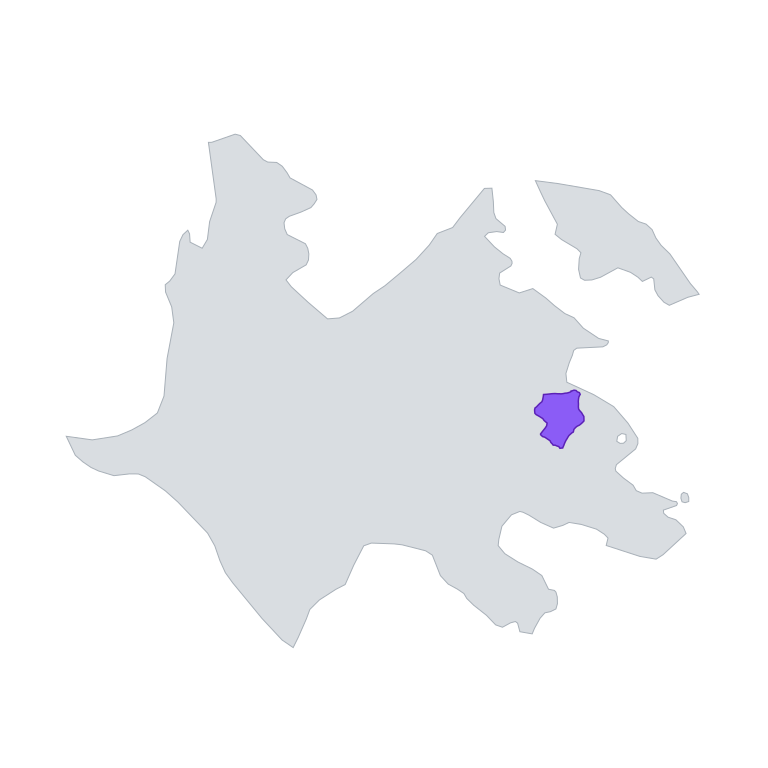 location of Dashkasan District, Daşkəsən, Azerbaijan, rotated 176°
{"feature_id": "54616110B88384638285498", "entity_name": "Dashkasan District", "entity_type": "district", "adm_level": 2, "iso_a3": "AZE", "parent_name": "Azerbaijan", "parent_adm1": "Daşkəsən", "projection": "orthographic", "projection_center": [46.034, 40.48], "detail": "fine", "context": "in_parent", "style": "filled", "palette": "violet", "viewbox_px": 768, "rotation_deg": 176, "n_neighbors": 0, "source": "geoboundaries", "source_scale": "gbopen_adm2", "svg_char_len": 4474}
<svg xmlns="http://www.w3.org/2000/svg" viewBox="0 0 768 768"><g transform="rotate(176 384 384)"><path d="M542.3,637.3L539.0,637.1L515.1,643.6L510.0,641.9L488.8,616.2L484.5,613.5L475.6,612.5L470.3,608.3L465.9,601.4L463.4,596.2L441.8,582.5L438.6,577.4L438.0,572.8L441.1,568.6L444.6,565.1L454.8,561.3L466.8,557.9L470.6,555.6L472.5,551.8L472.2,545.7L470.1,539.8L452.6,529.4L450.6,524.7L449.9,519.0L450.7,513.0L453.3,508.3L467.2,501.5L474.5,494.7L469.7,487.5L454.2,471.0L435.8,452.9L423.9,453.0L410.2,458.8L388.4,475.0L376.3,481.9L360.5,493.3L343.3,506.0L329.2,519.4L320.4,530.4L304.6,535.3L296.6,544.5L270.2,572.1L262.7,571.8L262.2,558.2L262.5,547.4L260.8,541.2L252.2,532.8L252.0,529.1L254.3,526.8L260.9,528.2L269.4,527.6L273.4,524.3L264.3,513.1L256.2,505.6L249.4,500.6L247.8,497.6L247.8,495.4L249.2,492.9L260.9,486.6L262.0,481.0L261.2,474.6L242.7,465.4L228.9,468.8L216.5,458.4L208.5,450.3L198.6,441.6L189.8,436.8L181.3,425.8L166.7,414.5L157.2,411.3L157.4,409.6L159.1,407.5L163.1,405.8L189.2,406.3L192.4,404.3L194.1,399.5L197.7,392.3L201.8,381.8L201.5,373.0L175.3,358.6L156.4,345.4L143.4,328.0L134.6,312.1L134.9,306.8L137.5,301.7L157.8,287.3L159.2,283.5L158.8,280.9L151.6,273.4L142.6,265.7L139.8,260.0L134.2,257.1L123.4,256.8L104.5,247.1L100.5,246.2L99.6,244.3L100.6,242.4L114.1,238.7L114.0,235.5L109.9,231.3L102.3,228.2L95.4,220.6L93.1,213.8L117.6,194.2L124.8,190.3L140.6,194.1L173.6,207.4L171.3,214.7L174.7,218.8L182.2,224.4L196.8,230.1L209.1,233.0L215.4,230.5L224.9,228.4L237.2,234.9L248.6,243.1L254.3,246.4L257.4,247.4L266.0,244.6L276.3,233.9L280.3,221.0L281.4,214.8L275.3,206.3L262.8,197.1L248.9,189.0L239.9,181.9L234.2,167.8L228.4,166.2L227.0,164.4L226.0,159.5L226.3,152.8L228.2,147.6L233.8,145.3L239.5,144.5L244.6,139.5L250.9,129.8L253.6,124.4L265.7,127.4L267.4,136.1L269.5,137.9L274.5,136.9L282.8,133.1L289.4,135.9L298.0,146.2L309.9,157.0L316.4,164.3L318.9,169.4L325.0,174.2L333.9,179.9L341.1,188.9L347.7,209.9L354.1,214.7L377.1,222.3L385.1,223.8L407.7,226.2L415.5,224.0L426.7,205.6L436.7,186.7L446.2,182.6L463.5,173.1L473.7,164.3L477.9,155.0L487.2,137.3L493.0,127.4L503.5,135.7L522.1,158.7L548.8,196.2L555.4,206.8L560.0,219.2L564.1,234.4L570.4,247.6L597.8,280.6L609.5,292.6L628.6,308.1L635.3,311.4L644.0,312.1L659.8,311.4L674.7,317.1L682.1,321.2L689.8,327.3L696.9,334.4L704.6,354.0L678.9,348.6L653.3,350.8L639.0,355.7L625.2,362.1L612.1,370.9L604.3,387.3L598.6,424.6L589.4,459.7L590.4,475.7L595.5,491.0L595.3,498.3L590.6,501.6L584.8,508.4L577.8,540.5L574.1,547.0L569.0,551.1L567.5,547.4L567.5,539.0L555.9,532.1L550.1,540.5L546.6,558.2L538.8,576.9L538.5,580.4L542.3,637.3ZM154.6,315.5L155.8,310.6L152.6,308.3L149.2,308.2L146.3,310.6L146.2,316.8L150.3,318.0L154.6,315.5ZM68.9,459.5L65.1,454.3L63.4,451.5L74.9,449.3L93.9,442.6L99.0,446.0L104.5,453.0L107.2,459.0L107.6,470.1L109.9,472.0L119.1,468.3L123.2,472.8L130.3,478.2L142.6,483.6L160.5,475.4L169.4,473.3L176.7,473.5L180.6,476.1L181.9,484.8L180.5,495.4L178.4,501.2L182.1,505.5L196.8,515.7L202.9,521.4L199.9,531.3L210.8,555.4L214.5,564.8L218.8,576.3L196.4,571.8L155.9,561.9L144.8,556.9L134.4,543.3L128.2,536.8L119.0,528.4L111.4,525.2L105.8,519.3L102.6,510.7L97.9,503.0L89.7,493.8L71.3,462.7L68.9,459.5ZM95.1,253.3L92.7,255.0L89.0,253.3L87.9,249.4L88.2,245.5L91.9,244.6L94.9,245.7L95.8,249.4L95.1,253.3Z" fill="#d9dde1" stroke="#a8b0b8" stroke-width="1"/><path d="M225.6,362.4L226.0,360.3L226.9,357.0L227.7,355.3L230.1,353.6L231.9,352.0L233.5,350.5L235.0,349.6L235.6,347.7L235.6,345.9L235.5,344.2L234.3,342.8L232.1,341.4L228.0,338.4L226.9,336.5L224.0,333.6L224.7,330.9L226.3,328.8L228.9,326.0L231.3,323.3L231.3,322.5L229.5,320.5L227.3,319.7L222.3,315.8L221.6,314.0L220.4,312.6L219.5,311.2L219.4,311.2L217.5,311.0L215.8,310.1L214.0,309.4L213.0,307.6L210.9,307.7L210.2,307.7L209.8,308.6L209.0,310.0L208.5,311.2L207.6,313.0L206.4,315.1L205.4,316.4L204.2,318.2L203.1,319.7L201.7,320.8L199.6,322.4L198.7,322.7L198.2,323.7L197.8,325.4L196.4,326.8L195.2,327.8L194.1,328.5L192.0,329.3L190.5,330.3L188.7,331.7L187.1,333.2L187.0,335.0L186.9,337.7L188.0,339.7L188.9,341.6L190.7,343.9L191.6,345.4L191.7,347.8L191.5,349.5L191.4,350.6L191.4,353.1L191.0,355.5L190.5,357.5L189.6,359.1L189.0,360.0L189.5,361.3L189.7,361.8L191.7,362.7L192.8,364.1L194.9,364.6L197.0,364.0L197.6,364.0L197.5,363.7L199.0,362.9L200.6,362.5L202.1,362.2L204.0,362.2L206.1,361.9L208.1,361.8L209.3,362.0L211.1,362.1L213.7,362.5L215.5,362.6L217.2,362.6L219.6,362.5L222.1,362.4L224.4,362.4L225.6,362.4Z" fill="#8b5cf6" stroke="#5b21b6" stroke-width="1.5"/></g></svg>